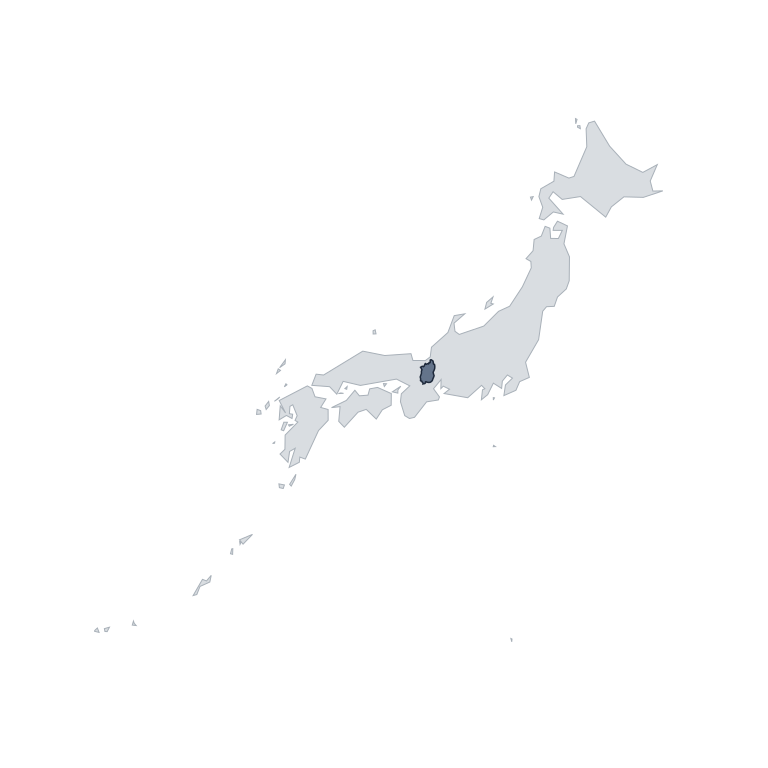 Japan, with Shiga highlighted, rotated 11°
{"feature_id": "JPN-1853", "entity_name": "Shiga", "entity_type": "Prefecture", "adm_level": 1, "iso_a3": "JPN", "parent_name": "Japan", "parent_adm1": "", "projection": "equal_earth", "projection_center": [136.094, 35.224], "detail": "fine", "context": "in_parent", "style": "filled", "palette": "slate", "viewbox_px": 768, "rotation_deg": 11, "n_neighbors": 0, "source": "natural_earth", "source_scale": "10m", "svg_char_len": 5221}
<svg xmlns="http://www.w3.org/2000/svg" viewBox="0 0 768 768"><g transform="rotate(11 384 384)"><path d="M523.2,191.1L533.9,193.8L533.9,212.1L541.8,223.8L546.1,247.3L544.8,255.9L537.7,265.5L536.3,275.3L528.8,277.1L525.9,282.3L527.3,311.0L518.8,335.6L525.4,349.8L516.7,355.8L514.7,365.0L503.9,372.5L503.4,361.8L509.0,353.7L503.4,351.6L499.6,358.6L500.3,365.9L491.2,362.3L487.8,374.7L482.6,380.9L481.8,370.9L483.9,369.4L480.0,366.7L468.8,381.5L444.8,381.9L449.3,376.6L442.6,374.8L440.7,377.7L439.2,368.7L433.5,379.2L440.9,386.1L440.4,389.3L429.2,393.4L420.3,410.9L415.6,413.0L410.4,411.1L403.5,398.2L402.9,390.3L409.7,380.9L395.3,376.8L361.1,389.9L343.4,389.2L339.6,403.0L331.1,397.0L313.4,399.1L315.5,387.3L323.0,386.7L356.9,355.8L379.3,355.9L404.7,349.1L407.9,355.4L420.1,353.1L424.2,348.6L423.6,338.8L436.9,321.3L439.9,303.5L449.9,299.7L441.1,310.9L443.6,318.7L448.4,321.0L470.9,308.1L482.6,290.8L492.5,283.7L501.3,262.2L506.4,241.9L504.8,235.7L499.5,233.9L504.9,224.7L503.8,213.5L510.2,208.8L512.1,198.5L517.1,199.4L519.8,209.3L527.4,207.9L529.7,199.2L520.7,200.9L520.6,197.9L523.2,191.1ZM579.6,122.0L597.7,126.9L610.4,116.5L606.6,133.9L611.1,143.3L620.9,141.2L603.0,151.3L583.8,154.5L573.4,166.7L569.8,177.9L541.1,162.5L523.7,168.8L513.3,163.0L510.3,170.1L527.4,183.1L517.4,182.8L509.6,192.4L504.8,192.0L506.1,180.2L500.3,170.5L500.7,162.4L512.1,152.5L511.0,143.3L526.2,146.6L530.9,144.0L537.8,112.4L533.7,94.9L535.2,88.6L540.5,85.8L560.1,107.5L579.6,122.0ZM318.7,409.7L329.9,409.7L326.3,419.1L334.0,419.7L336.1,430.3L328.6,442.2L321.1,472.7L315.3,471.8L315.8,477.0L306.8,484.0L309.1,464.0L304.2,468.2L304.7,479.2L295.3,472.6L299.2,467.0L296.7,453.0L306.7,437.8L303.6,436.7L304.8,431.7L298.4,421.8L295.9,423.9L296.8,431.2L300.1,431.1L300.3,435.4L294.2,433.5L287.9,439.2L286.3,425.2L292.9,431.2L284.3,420.2L309.1,400.5L314.1,402.1L318.7,409.7ZM378.3,388.6L393.0,392.0L395.1,403.5L387.3,409.6L383.1,419.9L371.4,412.3L363.9,416.6L353.3,434.0L346.7,429.3L345.2,414.6L337.0,417.2L350.2,407.3L356.6,395.7L362.1,400.3L370.4,398.0L370.9,391.5L378.3,388.6ZM250.8,611.6L242.0,617.8L240.4,626.4L237.0,628.1L243.1,610.4L247.3,611.2L250.9,604.8L250.8,611.6ZM476.0,284.6L468.8,291.2L469.2,284.3L474.4,277.7L473.5,284.4L476.0,284.6ZM283.6,556.7L276.2,568.1L271.9,564.5L283.6,556.7ZM294.4,449.0L291.8,448.6L293.0,440.6L296.5,440.0L294.4,449.0ZM399.3,390.3L393.7,390.1L400.9,383.0L398.8,387.1L399.3,390.3ZM305.0,505.8L301.1,505.7L299.9,502.1L305.5,502.1L305.0,505.8ZM283.0,383.1L278.4,387.9L282.6,379.0L283.0,383.1ZM312.4,501.9L310.5,500.5L314.8,489.4L314.6,494.8L312.4,501.9ZM264.3,433.1L268.0,433.7L269.1,436.9L264.7,438.2L264.3,433.1ZM279.8,390.4L276.5,394.3L277.3,389.3L279.8,390.4ZM151.7,682.2L147.1,682.0L147.1,681.1L149.2,678.2L151.7,682.2ZM366.6,336.3L363.8,337.0L363.1,333.8L365.0,332.5L366.6,336.3ZM273.2,431.5L271.5,428.3L274.1,423.1L275.6,427.1L273.2,431.5ZM160.9,675.1L159.5,679.9L157.3,680.2L156.2,677.5L160.9,675.1ZM267.9,580.1L265.7,579.9L266.0,574.9L267.0,574.5L267.9,580.1ZM528.0,95.9L525.0,95.0L524.7,93.6L527.0,93.0L528.0,95.9ZM302.8,440.8L299.1,443.5L298.0,442.3L302.8,440.8ZM493.7,175.3L492.1,172.6L494.7,171.6L493.7,175.3ZM341.0,402.1L343.3,401.0L346.1,400.9L341.0,402.1ZM523.0,87.4L522.6,92.0L521.3,86.9L523.0,87.4ZM282.8,418.8L279.7,421.9L284.2,416.6L282.8,418.8ZM186.8,668.4L182.9,668.7L183.3,664.5L184.4,666.5L186.8,668.4ZM288.9,403.3L286.7,405.8L287.7,402.5L288.9,403.3ZM386.4,383.3L384.8,386.4L383.4,383.7L386.4,383.3ZM273.9,566.7L273.3,568.9L272.4,566.2L273.9,566.7ZM495.1,376.5L494.4,378.9L493.9,376.5L495.1,376.5ZM287.9,463.0L286.0,463.7L287.8,461.7L287.9,463.0ZM348.3,393.5L348.4,396.3L346.5,396.0L348.3,393.5ZM505.3,424.2L503.2,424.7L503.3,423.3L505.3,424.2ZM558.3,609.9L558.6,612.7L557.1,609.6L558.3,609.9Z" fill="#d9dde1" stroke="#a8b0b8" stroke-width="1"/><path d="M427.6,352.0L428.3,353.3L428.3,353.8L428.5,354.3L428.8,354.9L429.1,355.1L429.3,355.2L429.5,355.1L429.8,355.1L430.0,355.5L430.2,356.0L430.6,357.4L430.8,359.1L430.7,360.1L430.6,360.5L430.5,361.2L430.1,362.6L430.1,363.6L430.6,364.4L430.8,365.0L431.4,365.9L431.5,366.2L431.6,366.4L431.3,368.4L431.0,369.5L430.9,370.6L430.8,371.1L430.6,371.6L430.5,371.9L430.3,372.2L430.0,372.5L429.8,372.8L429.4,373.2L428.8,373.6L427.3,374.0L426.0,374.0L424.8,373.7L424.5,373.8L424.3,374.0L424.3,374.3L424.5,374.9L424.3,375.3L423.9,375.8L422.2,376.5L422.2,376.0L422.1,375.7L421.9,375.4L421.7,375.1L421.1,374.8L420.9,374.7L420.8,374.4L420.6,374.1L420.3,373.9L420.0,374.0L419.7,373.9L419.4,373.9L419.2,373.7L419.1,373.3L419.1,372.8L419.1,372.4L419.0,372.0L418.7,371.3L418.4,370.7L418.2,370.1L418.7,366.7L418.7,366.3L418.6,365.8L418.3,364.5L418.3,364.2L418.5,363.1L418.5,362.7L417.3,361.2L416.7,360.6L417.9,359.5L418.3,359.3L418.8,359.3L419.1,359.4L419.3,359.5L419.5,359.4L419.7,359.1L419.9,358.9L420.0,358.5L420.5,356.4L420.6,356.1L420.8,356.0L421.0,356.2L421.2,356.4L421.4,356.6L421.7,356.6L422.0,356.5L422.5,356.0L423.1,355.7L423.3,355.7L423.6,355.6L423.9,355.7L424.0,355.4L424.0,355.2L424.0,354.9L424.1,354.6L424.2,354.4L424.5,354.4L424.7,354.5L425.0,354.4L425.2,354.1L425.2,353.8L425.2,353.5L425.0,353.0L425.0,352.5L424.9,352.3L424.8,351.9L424.8,351.7L425.3,351.3L425.7,351.2L427.6,352.0Z" fill="#64748b" stroke="#1e293b" stroke-width="1.5"/></g></svg>